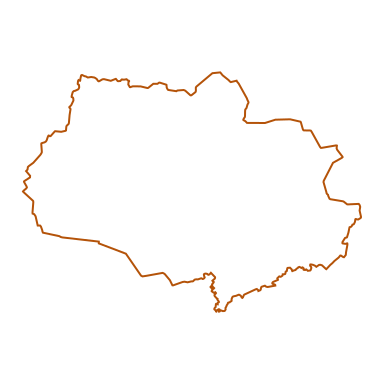 Tomsk, orthographic projection
{"feature_id": "RUS-2167", "entity_name": "Tomsk", "entity_type": "Region", "adm_level": 1, "iso_a3": "RUS", "parent_name": "Russia", "parent_adm1": "", "projection": "orthographic", "projection_center": [83.174, 58.364], "detail": "fine", "context": "isolated", "style": "outline", "palette": "amber", "viewbox_px": 384, "rotation_deg": 0, "n_neighbors": 0, "source": "natural_earth", "source_scale": "10m", "svg_char_len": 5885}
<svg xmlns="http://www.w3.org/2000/svg" viewBox="0 0 384 384"><path d="M220.2,72.4L220.5,72.7L222.6,75.3L228.6,80.1L229.9,81.5L230.8,82.1L236.6,80.7L237.1,81.7L238.7,83.6L246.8,98.2L247.5,100.1L248.4,101.9L248.5,102.5L248.3,103.1L247.5,104.5L246.5,108.0L245.3,109.5L245.1,111.0L245.0,116.1L244.9,116.7L244.8,117.1L243.7,118.7L243.3,119.7L243.3,119.9L243.8,120.3L245.4,121.2L247.0,122.9L265.0,123.0L275.4,119.7L290.1,119.3L300.5,121.7L300.7,122.0L300.9,122.4L302.8,129.1L303.4,130.2L303.9,130.4L310.2,130.5L310.9,130.7L311.7,131.9L320.1,147.0L320.9,147.9L321.5,147.9L336.1,145.4L336.9,145.6L336.6,148.3L336.9,149.1L337.2,149.8L342.5,156.7L342.6,157.1L341.9,157.8L333.0,162.8L323.7,180.9L323.5,182.1L326.4,192.2L326.6,193.3L327.0,193.9L328.0,194.8L328.3,196.1L329.5,198.7L330.3,199.2L343.0,201.3L343.7,201.6L347.1,204.3L347.9,204.4L358.7,203.9L358.9,204.1L359.7,205.2L360.2,206.9L359.6,210.6L360.9,216.3L361.0,217.0L360.9,217.6L360.5,218.1L358.2,219.5L357.0,219.4L355.9,219.0L355.5,219.1L355.3,219.4L355.1,221.0L354.9,222.0L354.0,223.9L353.5,224.4L352.5,224.6L351.7,226.1L351.2,226.7L349.6,227.2L349.4,227.8L348.4,232.7L347.0,237.2L346.7,237.5L345.4,237.8L345.0,238.0L342.5,242.0L342.4,243.1L342.6,243.4L345.1,243.8L346.1,243.8L347.1,243.3L347.3,243.4L347.4,243.9L347.4,244.8L346.0,252.5L345.8,254.9L344.0,257.2L343.3,257.1L340.8,255.5L340.2,255.6L338.7,257.5L334.5,260.9L332.3,263.2L330.3,264.9L326.3,269.2L326.1,269.1L322.0,265.3L320.3,264.8L319.1,264.9L316.3,266.8L315.0,265.7L312.9,264.8L310.8,264.4L310.3,264.5L310.1,265.1L310.1,265.4L310.3,266.0L311.2,267.1L311.3,267.7L311.2,268.5L310.6,270.1L310.2,270.5L307.8,270.8L306.3,269.4L306.1,269.4L305.2,270.0L303.7,269.8L303.5,269.6L303.4,269.4L303.7,268.4L302.9,267.6L302.4,267.4L301.6,268.0L299.4,266.9L298.3,267.3L297.6,268.2L296.9,268.5L296.3,269.0L295.5,270.0L294.0,270.4L292.3,271.1L292.1,270.8L291.9,269.9L291.7,269.4L290.0,267.7L287.7,267.9L287.5,268.0L287.3,268.3L286.8,271.0L285.7,271.6L285.4,273.3L285.2,273.9L284.7,274.2L282.7,274.3L282.6,275.2L282.4,275.7L280.9,276.7L280.4,276.8L279.5,276.4L279.1,276.5L277.3,278.3L277.9,279.5L277.9,279.9L273.2,281.9L272.7,282.3L272.3,283.0L272.3,283.4L272.6,283.8L274.7,284.5L275.2,284.9L275.3,285.6L267.7,287.0L266.2,286.7L264.9,285.7L261.8,286.7L261.3,287.1L261.0,288.0L260.7,289.6L260.3,290.2L258.4,291.0L258.2,290.1L257.0,289.3L256.8,289.0L255.7,289.3L244.3,294.6L243.8,295.2L242.9,297.4L242.3,297.9L241.7,297.5L241.2,296.4L240.8,295.8L240.0,295.2L239.0,294.7L238.5,294.8L236.1,295.8L233.7,296.3L232.9,296.6L232.4,297.1L231.7,298.7L231.6,299.2L231.6,300.7L231.4,301.2L230.4,301.6L229.6,302.4L228.3,302.6L227.9,303.0L227.6,304.1L226.7,305.3L226.3,306.6L225.5,307.9L225.5,308.4L225.6,309.0L225.6,309.5L224.9,310.7L224.3,311.0L222.9,311.1L220.9,310.4L220.5,310.4L219.7,311.4L219.3,311.6L218.9,311.6L218.9,311.1L219.4,310.1L219.5,309.5L219.2,309.3L218.8,309.2L217.1,310.1L216.5,311.4L216.3,311.6L216.0,311.4L216.1,310.9L215.9,310.6L214.4,309.4L214.3,309.1L214.4,308.6L214.6,308.1L215.6,307.1L215.9,304.2L216.0,304.0L217.7,304.3L217.6,302.9L218.7,302.3L218.9,302.1L218.9,301.8L218.7,301.4L217.3,299.5L217.3,299.3L217.5,298.8L216.5,298.1L214.8,296.2L214.5,295.6L214.5,294.9L215.9,293.3L216.0,293.1L215.8,292.8L215.2,292.2L214.2,292.8L213.8,292.8L211.7,291.3L211.7,290.9L212.2,290.4L212.4,289.9L212.1,289.3L212.2,288.9L212.7,288.4L213.6,288.7L214.1,288.1L212.9,286.9L211.4,287.9L210.8,287.5L210.5,287.0L212.3,284.9L212.3,284.7L212.1,284.3L212.2,284.1L213.3,282.9L213.7,282.3L213.7,281.9L212.8,281.4L212.4,280.7L214.6,278.8L214.8,278.6L215.1,277.8L215.0,277.1L210.9,272.8L209.9,274.0L208.7,274.8L208.1,274.7L207.2,273.9L206.3,273.7L205.2,273.6L204.2,274.0L203.9,274.4L203.9,274.8L204.2,276.3L204.6,277.1L204.7,277.4L204.5,277.8L204.0,278.4L202.9,279.0L202.6,279.0L201.5,278.3L201.1,278.3L197.9,279.4L196.4,279.3L195.2,279.5L194.6,279.7L193.1,281.2L192.5,281.4L191.3,281.4L187.6,282.3L184.5,281.7L182.6,282.0L173.0,285.4L172.4,285.3L169.9,280.2L164.8,274.1L163.6,273.3L162.6,272.9L146.5,275.8L142.5,276.4L141.0,275.6L125.9,253.7L98.8,243.4L98.8,241.6L62.2,237.4L60.5,236.9L59.5,236.2L43.0,232.7L42.5,231.7L42.2,230.1L40.9,226.5L40.0,225.5L37.7,225.5L35.6,216.3L34.2,214.2L32.6,213.6L32.5,212.5L33.3,202.3L33.2,201.1L32.9,200.7L23.3,191.9L23.0,191.5L23.6,190.7L26.3,188.4L26.6,187.9L26.9,187.3L26.4,186.1L24.1,182.1L24.0,181.5L24.3,181.1L30.0,177.4L30.1,175.8L26.1,171.1L27.5,169.6L27.9,167.0L28.8,166.1L33.3,162.8L40.4,154.8L41.3,153.4L41.8,152.3L41.8,151.2L41.3,144.6L41.3,143.9L41.4,143.4L41.9,143.1L44.7,142.3L46.0,141.4L46.7,140.2L47.7,137.2L48.4,135.7L48.8,135.5L49.8,136.2L50.6,136.1L54.7,131.5L55.1,131.2L61.2,131.8L65.6,130.8L66.0,130.4L66.3,126.8L66.7,125.7L68.4,124.2L68.7,123.6L68.9,123.0L69.6,115.0L70.5,109.3L70.4,108.7L69.4,107.6L69.3,107.4L69.3,107.1L71.1,105.3L71.5,104.6L73.4,100.6L73.4,100.1L73.3,98.6L73.0,97.7L72.7,97.4L71.7,97.1L71.6,96.8L71.8,95.5L72.7,92.2L73.4,91.4L74.0,91.0L75.1,90.8L78.1,89.4L78.6,88.8L79.0,88.0L79.2,87.2L79.0,85.0L78.8,84.7L78.0,84.4L77.7,83.9L78.0,81.2L78.2,80.7L78.3,80.7L78.6,80.1L79.5,80.6L80.1,80.7L80.3,80.0L80.3,79.1L81.0,76.0L81.1,75.5L81.5,75.1L82.1,75.0L84.6,76.2L85.8,76.4L87.8,77.5L91.2,77.0L94.3,77.5L95.3,78.0L96.8,79.1L97.9,80.8L98.7,81.3L99.2,81.2L102.3,79.4L103.2,79.2L104.2,79.2L110.8,80.8L115.6,78.9L115.9,78.9L117.6,81.0L118.1,81.2L120.3,81.0L121.5,79.7L121.9,79.4L122.1,79.4L122.8,79.7L123.7,79.6L124.8,79.6L126.4,79.2L126.8,79.4L127.7,80.4L128.8,80.7L129.1,81.0L129.1,81.3L128.7,81.9L128.5,82.3L128.3,84.5L129.8,87.1L130.1,87.2L132.9,86.3L140.6,86.4L147.3,88.0L147.8,88.0L148.3,87.8L153.3,83.8L157.5,83.8L159.0,82.7L159.7,82.6L166.3,84.7L166.5,84.9L166.7,87.4L166.9,88.0L167.6,89.3L168.0,89.8L168.6,90.0L176.4,91.2L177.4,90.5L183.7,90.0L185.3,90.7L190.3,95.2L190.9,95.4L191.5,95.2L195.3,92.2L195.7,91.7L195.9,90.4L195.8,87.8L196.0,87.3L196.3,86.7L212.4,73.2L220.2,72.4Z" fill="none" stroke="#b45309" stroke-width="2"/></svg>